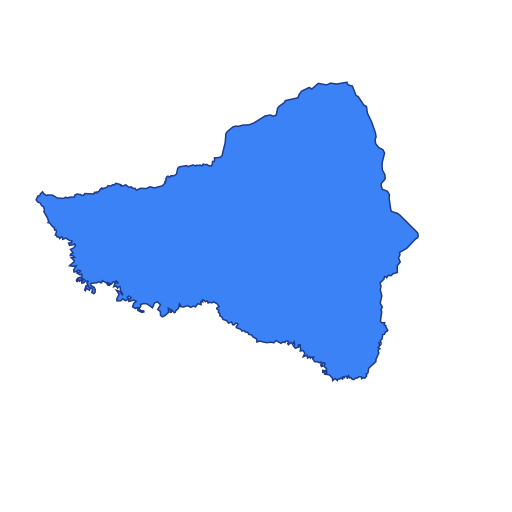 Chigorodó, Antioquia, Colombia (Albers equal-area conic projection), rotated 331°
{"feature_id": "7082276B26986898364485", "entity_name": "Chigorodó", "entity_type": "district", "adm_level": 2, "iso_a3": "COL", "parent_name": "Colombia", "parent_adm1": "Antioquia", "projection": "albers", "projection_center": [-76.703, 7.613], "detail": "fine", "context": "isolated", "style": "filled", "palette": "blue", "viewbox_px": 512, "rotation_deg": 331, "n_neighbors": 0, "source": "geoboundaries", "source_scale": "gbopen_adm2", "svg_char_len": 6078}
<svg xmlns="http://www.w3.org/2000/svg" viewBox="0 0 512 512"><g transform="rotate(331 256 256)"><path d="M419.8,148.1L409.9,144.7L405.1,141.0L400.7,140.6L394.1,135.2L385.8,137.0L384.3,134.4L375.6,133.9L371.6,135.9L369.4,138.0L357.0,134.3L355.1,135.6L349.1,136.2L346.5,137.3L341.8,142.7L338.8,142.1L337.0,139.7L332.0,137.9L318.8,138.6L313.4,137.9L307.9,135.1L303.5,134.1L301.3,132.6L298.5,131.9L291.4,133.2L289.1,134.3L284.0,141.9L274.7,152.0L272.0,152.2L267.2,150.0L266.2,152.3L265.2,153.0L263.9,152.2L262.0,154.8L260.3,155.6L258.2,153.7L257.4,152.0L255.7,151.5L254.4,150.0L252.4,151.0L251.1,149.2L250.0,149.3L248.0,147.7L247.0,148.0L245.0,145.8L240.0,144.9L238.9,143.2L232.1,140.8L230.0,141.4L226.1,145.9L222.9,146.0L220.6,144.5L219.7,145.4L218.1,144.6L217.8,143.5L216.5,143.4L214.5,144.8L214.2,146.3L212.1,146.9L212.0,148.1L208.0,149.2L200.2,147.2L196.7,144.0L192.7,143.8L187.9,140.8L183.3,140.5L183.0,138.2L181.1,137.1L180.4,135.0L178.1,134.2L176.6,130.6L172.8,130.1L172.6,128.7L171.8,128.7L172.1,127.9L168.8,124.5L166.2,125.1L165.3,124.2L162.8,124.4L160.7,122.7L158.9,123.6L155.4,123.0L154.1,121.9L153.9,122.8L152.6,121.9L149.5,123.5L147.4,122.7L147.0,123.4L145.7,122.0L144.1,123.1L136.6,118.4L134.7,119.3L133.0,118.6L132.4,117.3L129.5,115.0L127.1,114.9L125.7,116.4L121.3,114.1L119.5,114.1L118.1,112.3L115.8,112.4L110.3,109.0L107.6,104.2L103.4,101.6L102.1,101.7L100.5,98.4L100.5,96.4L97.5,97.1L96.3,98.4L94.4,97.8L90.9,100.3L91.3,103.0L93.0,105.1L92.9,108.1L94.0,109.8L93.5,112.7L92.0,114.4L92.0,122.3L91.3,125.1L90.3,125.9L91.5,127.1L92.5,132.2L93.3,133.0L92.5,135.7L93.6,136.1L93.3,138.1L90.6,140.4L91.5,141.2L91.3,142.9L92.7,143.8L92.8,145.6L95.2,144.8L95.7,145.8L95.0,147.7L98.3,148.1L100.6,152.2L102.3,153.5L101.2,155.0L98.4,153.8L98.0,156.3L102.1,157.7L103.2,157.4L103.4,159.2L100.4,160.6L96.9,160.3L97.5,164.6L94.7,164.5L93.8,165.6L96.0,166.9L96.7,169.2L93.6,168.0L94.7,171.8L94.3,172.8L88.2,174.1L91.3,176.6L94.1,177.4L89.7,179.8L89.1,181.8L91.6,182.7L93.5,182.0L95.3,183.9L94.1,184.7L92.2,183.7L91.2,184.2L93.0,187.3L94.8,187.3L93.4,190.8L92.6,191.0L92.2,189.4L89.3,189.0L87.3,190.0L86.9,191.2L87.5,191.7L89.4,189.8L89.4,192.4L93.2,192.1L94.3,193.1L91.0,193.8L90.6,195.4L92.3,195.9L95.0,195.2L96.7,196.5L96.7,197.1L95.0,197.5L94.8,201.9L93.8,199.9L92.9,199.6L89.6,202.8L90.0,203.7L92.0,202.1L93.7,205.2L95.5,203.9L96.7,204.1L96.8,206.1L94.7,208.3L95.9,210.3L97.5,209.9L99.0,207.6L99.3,205.0L97.2,201.6L98.0,200.2L99.0,200.1L103.8,202.3L106.1,202.2L107.3,204.4L108.6,204.2L109.6,203.0L112.1,206.8L112.3,209.6L113.5,210.6L114.3,210.4L112.9,208.8L113.6,207.5L115.9,210.4L118.3,209.5L119.6,210.3L121.8,210.1L122.3,212.6L119.4,211.5L116.6,213.9L119.1,214.4L119.4,217.0L121.3,216.3L122.2,216.8L120.9,220.5L120.9,224.8L120.3,225.1L120.0,224.4L120.1,221.4L117.3,218.3L117.7,223.1L113.3,226.2L112.6,227.8L116.0,229.6L118.8,228.9L120.2,231.8L124.1,232.1L123.4,229.7L125.3,229.4L126.6,231.9L123.3,232.9L122.8,234.1L127.9,235.4L129.2,237.5L126.1,238.2L123.4,240.6L125.1,243.5L127.6,243.9L126.3,246.4L128.9,250.0L130.8,250.6L131.2,249.6L128.8,247.9L128.1,245.1L130.6,244.3L131.6,242.4L134.8,243.2L137.5,245.1L140.4,251.1L144.4,247.9L147.6,248.3L148.8,252.4L144.1,255.2L145.4,258.1L143.7,261.7L144.6,263.8L147.1,264.0L152.3,262.9L154.0,259.1L155.0,260.8L153.8,263.8L154.6,264.1L156.0,262.4L157.0,265.8L157.9,266.2L159.1,265.1L162.8,264.1L165.9,260.8L166.2,262.3L165.1,263.4L167.5,265.3L172.2,266.4L173.9,269.2L177.2,269.6L178.5,271.2L181.9,269.5L184.5,271.9L185.6,269.1L187.3,270.3L187.5,268.7L188.2,268.4L189.4,270.0L189.5,271.4L191.7,271.8L191.3,273.9L193.0,274.0L194.6,275.5L196.8,275.6L198.8,278.9L199.2,282.3L196.6,282.5L196.0,283.2L197.1,285.4L195.8,286.9L196.4,289.1L195.4,290.8L196.5,292.8L196.4,295.5L199.1,298.4L199.4,301.3L202.6,302.0L202.4,305.0L203.5,305.5L206.1,305.0L207.1,305.9L207.0,307.1L204.4,308.3L204.1,309.2L207.1,312.7L207.3,314.9L209.5,315.5L209.8,317.4L211.8,318.7L211.7,321.1L213.9,322.9L214.1,325.2L216.3,328.9L215.1,331.7L217.8,332.1L223.2,336.9L227.7,338.9L229.5,340.6L232.5,339.6L235.5,344.5L237.8,344.2L239.5,345.7L240.6,344.9L242.7,345.9L242.9,346.8L241.3,348.0L241.3,349.3L244.8,348.6L245.2,350.9L247.7,349.5L246.8,352.2L245.1,352.7L245.7,355.7L248.9,356.3L250.0,354.4L251.6,354.9L251.5,355.8L250.3,356.3L250.5,358.2L248.6,360.5L251.4,361.6L251.6,364.6L248.5,367.0L252.5,367.5L251.6,370.2L254.1,370.0L254.0,371.6L255.0,371.2L257.4,372.5L255.7,373.1L256.1,376.9L258.6,378.5L259.6,380.0L261.5,380.4L259.6,383.3L259.7,384.5L261.0,384.5L262.7,381.9L264.2,382.7L264.1,383.6L262.0,385.6L263.0,388.3L262.7,389.7L260.7,389.7L258.9,388.4L257.9,390.0L258.2,390.5L260.3,390.1L261.8,391.5L261.2,392.5L259.5,391.8L258.7,392.5L262.6,395.6L263.6,399.6L262.7,402.1L265.7,401.5L266.8,404.3L267.4,403.4L269.9,404.2L270.8,403.7L272.0,405.5L273.0,403.8L273.8,404.1L273.9,405.3L275.9,404.6L277.3,405.5L276.2,407.6L278.9,405.6L278.8,408.1L280.2,408.5L280.4,410.6L281.7,411.5L284.0,411.0L285.2,411.8L287.6,411.6L289.7,412.9L288.9,414.5L290.9,414.6L292.0,415.6L294.6,414.6L295.1,412.6L296.4,412.9L297.6,412.1L300.2,408.8L309.7,406.5L310.7,404.7L316.5,400.3L316.7,398.2L318.4,397.0L319.4,397.2L318.5,395.1L321.9,394.1L321.0,393.5L321.4,391.6L323.3,392.8L323.6,390.3L326.0,389.7L328.7,386.2L330.5,386.7L332.4,385.2L334.3,385.4L335.2,384.8L335.2,380.7L335.8,379.8L334.8,378.4L336.2,376.7L333.6,375.4L333.2,373.3L338.9,365.8L339.1,363.7L341.8,361.8L341.7,357.5L346.7,351.9L348.3,345.8L350.7,343.0L351.4,339.7L356.5,338.3L358.5,336.3L359.4,336.8L359.8,338.4L362.3,337.0L364.6,338.7L367.6,337.9L371.6,339.0L374.8,333.0L379.2,331.2L379.8,326.7L382.3,325.0L383.4,322.5L391.8,322.3L404.0,318.4L406.3,318.4L407.6,317.1L408.6,314.1L401.6,289.9L400.3,287.1L396.1,282.7L396.3,281.0L400.3,270.2L402.4,267.1L402.3,263.0L398.8,259.0L399.4,255.7L400.7,253.3L406.0,251.4L406.9,250.2L408.2,247.0L408.2,241.9L409.8,238.6L411.9,235.2L418.4,228.3L418.5,224.5L416.0,220.8L415.1,215.7L416.7,211.8L418.8,210.0L420.2,206.0L422.1,195.1L422.7,185.0L425.1,178.9L423.4,176.1L422.7,166.4L421.3,164.0L422.7,154.1L419.3,150.7L419.8,148.1Z" fill="#3b82f6" stroke="#1e3a8a" stroke-width="1.5"/></g></svg>